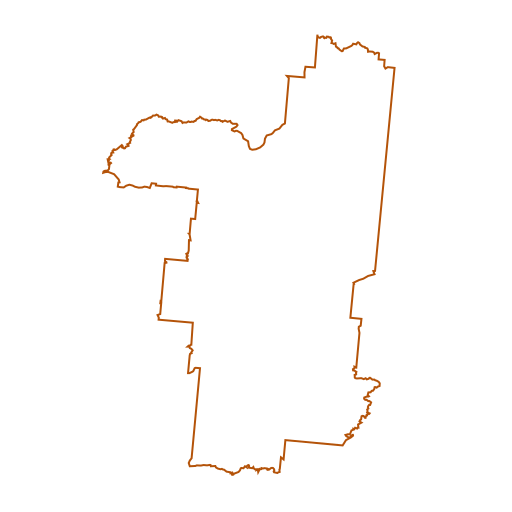 outline of Mount Alexander, Victoria, Australia, rotated 87°
{"feature_id": "25037944B33361376852028", "entity_name": "Mount Alexander", "entity_type": "district", "adm_level": 2, "iso_a3": "AUS", "parent_name": "Australia", "parent_adm1": "Victoria", "projection": "mercator", "projection_center": [144.192, -37.076], "detail": "fine", "context": "isolated", "style": "outline", "palette": "amber", "viewbox_px": 512, "rotation_deg": 87, "n_neighbors": 0, "source": "geoboundaries", "source_scale": "gbopen_adm2", "svg_char_len": 6088}
<svg xmlns="http://www.w3.org/2000/svg" viewBox="0 0 512 512"><g transform="rotate(87 256 256)"><path d="M110.5,346.3L109.6,348.0L110.4,349.3L110.4,351.6L112.1,353.3L111.9,353.9L112.5,354.4L112.2,355.1L114.0,358.8L114.0,360.5L114.7,361.1L114.3,362.7L116.0,364.3L116.3,366.2L116.9,366.4L118.2,368.0L119.0,368.0L122.9,371.2L123.4,372.0L125.8,371.7L127.3,373.4L128.2,373.0L129.0,372.0L129.5,372.1L129.8,372.9L129.1,374.3L129.7,374.6L130.8,374.3L131.6,376.1L132.3,375.2L133.6,374.9L135.7,376.1L136.4,375.8L137.6,378.6L138.5,377.6L139.4,377.5L140.0,380.2L141.5,381.1L141.7,382.1L140.7,382.9L140.9,383.7L140.6,384.1L139.1,383.5L138.2,384.2L142.2,389.5L142.8,391.4L142.0,392.2L142.2,392.8L143.0,392.9L143.7,393.9L145.2,393.2L145.5,395.0L146.6,395.4L147.6,394.9L149.9,397.5L150.9,397.6L151.4,397.2L151.6,398.9L152.7,398.4L152.5,397.2L153.0,398.3L152.8,398.9L154.7,398.6L155.2,396.2L155.6,395.9L156.6,397.2L156.7,398.5L157.3,398.5L158.0,397.7L161.5,398.3L163.3,400.1L162.9,401.0L163.1,402.9L163.7,403.9L164.9,404.2L164.3,402.0L164.3,399.2L166.9,393.4L172.4,389.1L175.3,388.4L175.4,389.6L179.5,390.4L180.1,388.4L180.6,384.5L179.0,381.9L178.2,378.7L179.2,375.5L180.5,373.3L181.6,369.5L181.6,366.1L180.9,363.8L181.4,361.2L182.5,358.5L177.9,356.4L178.6,352.0L180.3,352.3L181.5,345.1L181.5,341.9L182.4,335.5L183.0,334.8L183.4,331.7L182.6,331.5L184.0,322.2L184.5,322.3L184.8,320.2L185.2,319.9L186.6,310.5L197.4,312.1L198.0,311.8L198.3,312.4L198.9,312.1L198.7,311.6L200.0,311.0L199.8,312.4L215.9,314.8L215.3,319.0L230.3,321.1L230.3,321.7L230.9,321.2L237.0,320.5L236.7,322.1L247.0,322.9L249.8,323.8L249.6,324.4L250.2,325.5L251.3,324.9L252.6,325.2L252.7,324.4L254.1,325.4L255.6,324.3L256.1,324.8L256.2,324.4L257.3,324.6L254.1,346.9L256.3,347.2L257.5,345.8L258.0,345.8L258.2,347.6L295.8,352.9L295.7,353.6L298.0,354.0L297.9,353.1L309.0,354.7L309.8,357.4L312.5,356.3L314.5,356.6L319.3,322.6L341.0,325.2L340.9,325.5L341.9,326.3L342.0,327.9L342.9,329.0L343.0,327.4L344.5,326.9L345.3,325.4L346.9,324.2L348.9,325.7L349.7,325.4L350.2,326.9L351.7,327.4L369.4,330.0L369.5,328.6L368.2,325.5L367.7,324.7L364.8,323.1L364.5,322.1L365.1,317.8L454.6,330.9L456.8,332.8L459.2,334.0L462.5,333.1L462.5,327.4L462.0,326.2L462.4,322.0L462.0,319.3L462.5,315.8L462.2,312.9L462.4,312.3L463.6,312.1L463.6,307.6L465.0,307.1L466.3,305.2L467.1,302.6L466.8,301.2L467.5,300.2L467.7,299.1L469.8,296.7L470.6,293.0L471.6,292.9L471.0,291.0L471.7,290.7L472.5,291.6L473.2,291.4L473.3,290.8L473.1,290.0L472.2,289.3L470.8,284.8L469.3,283.3L467.2,282.3L466.9,281.7L467.3,279.6L465.4,278.0L466.6,276.3L465.6,276.4L464.6,275.2L464.4,274.3L465.1,273.9L467.0,274.1L467.7,270.9L466.6,269.7L468.0,269.3L469.0,268.2L469.0,266.4L469.8,266.7L469.2,264.9L469.9,265.3L471.9,265.1L469.3,263.6L469.1,261.9L468.1,261.6L468.6,260.2L468.3,258.8L468.8,256.0L469.2,255.2L470.0,255.8L470.2,255.5L470.0,254.1L468.6,252.2L468.4,251.1L468.6,250.1L469.7,249.2L470.9,248.9L472.1,249.6L472.9,249.3L473.8,246.0L473.2,245.1L472.9,243.7L470.5,243.8L470.0,243.4L458.4,241.6L460.6,239.1L441.4,236.3L449.7,179.4L444.6,175.8L442.2,170.8L440.5,168.5L439.7,168.6L439.7,169.2L442.2,171.9L442.3,172.6L440.6,175.3L439.4,176.0L438.8,173.5L439.1,171.6L435.2,169.8L434.6,168.0L433.6,167.9L434.1,166.9L432.7,166.0L433.6,164.1L432.7,163.5L432.8,162.7L429.6,162.9L427.9,159.4L426.6,161.3L425.4,160.7L424.7,159.6L421.6,159.0L421.2,158.2L421.4,157.0L423.4,155.5L423.3,155.0L421.9,154.9L421.1,153.5L420.3,153.7L419.5,151.8L419.6,151.2L419.1,150.8L418.0,153.2L416.7,152.7L415.1,153.0L414.2,151.8L412.8,152.2L411.8,151.8L410.6,150.8L410.7,149.8L408.2,148.7L406.8,150.3L406.8,151.5L405.3,153.2L405.4,154.4L404.2,155.5L403.0,155.3L402.1,152.5L402.3,151.5L402.0,150.6L400.6,151.7L398.1,150.9L398.1,148.7L396.7,147.5L396.7,146.3L395.1,144.9L393.2,144.4L393.1,143.8L393.8,142.4L392.9,141.4L392.3,139.4L389.6,139.1L388.1,140.1L386.9,141.9L386.3,143.6L385.6,144.2L385.5,146.3L383.6,148.4L383.6,149.1L384.5,149.9L385.0,151.8L383.8,152.9L384.6,154.8L383.5,157.3L383.6,161.7L383.2,163.2L382.6,163.7L379.9,163.7L379.7,162.6L379.2,162.1L378.0,162.3L377.0,161.8L375.5,163.8L375.3,165.0L374.1,165.1L373.0,163.4L371.7,163.5L372.6,161.7L338.2,156.7L334.0,157.3L332.0,157.0L331.1,155.1L324.3,154.0L322.6,165.0L289.4,160.0L289.1,159.5L287.8,160.1L285.4,154.3L284.3,150.0L281.8,145.1L280.4,138.6L277.2,139.6L277.1,137.9L75.4,107.8L74.3,114.5L75.6,116.9L73.2,118.1L66.9,117.3L66.1,123.3L60.0,122.5L59.5,123.2L59.4,124.5L60.5,126.9L59.2,127.3L58.1,128.8L57.7,131.9L57.9,133.4L55.5,133.5L54.5,134.0L53.7,136.2L53.2,136.2L52.8,136.9L52.3,138.7L50.2,141.1L48.8,141.6L47.9,142.9L48.9,144.2L49.9,144.7L49.1,147.9L50.5,148.8L51.3,150.0L53.4,155.1L53.4,157.4L55.9,158.8L56.0,159.6L54.3,161.8L52.9,162.7L52.8,163.6L51.9,163.9L51.1,165.2L47.7,165.5L48.3,167.3L47.5,168.4L47.3,169.5L44.7,168.7L43.6,169.6L41.7,169.8L41.4,170.4L41.7,171.3L40.9,172.0L40.6,173.7L41.8,174.3L41.6,175.1L42.1,176.3L41.7,176.7L41.0,176.6L40.2,177.6L40.7,179.7L41.4,180.4L41.4,181.4L40.0,183.0L38.2,183.1L70.8,187.3L69.6,196.7L75.0,198.0L80.2,198.2L77.8,215.7L80.1,213.9L125.2,220.2L126.4,222.8L130.0,226.0L131.5,230.5L134.1,232.8L135.1,234.2L136.2,239.0L139.3,240.9L143.1,241.6L145.2,242.8L147.8,246.2L149.4,250.5L149.7,254.2L148.7,256.4L145.9,257.4L141.0,257.9L138.0,262.4L134.4,263.2L132.5,264.4L130.1,268.2L129.9,269.4L130.5,270.9L129.1,273.5L128.0,273.4L125.8,268.8L124.3,267.6L123.0,268.4L122.8,272.2L121.4,274.0L119.8,274.7L120.5,277.4L119.1,279.9L120.2,282.4L119.5,282.7L119.4,284.1L118.5,284.9L118.1,286.2L118.6,287.6L117.9,289.6L118.1,290.9L117.6,292.2L117.7,293.3L118.5,294.6L118.7,296.5L117.6,297.3L117.2,298.5L117.6,299.0L117.1,299.4L117.0,300.6L116.1,301.6L115.9,302.7L115.2,303.0L114.0,304.6L115.0,305.4L116.2,308.1L117.9,309.3L117.9,310.4L118.8,311.3L118.4,313.5L118.8,314.1L118.7,315.2L118.0,316.4L119.1,318.5L118.8,321.3L119.3,322.4L117.5,323.3L116.3,326.3L117.9,327.9L117.8,328.4L116.7,328.2L116.5,329.7L118.0,330.0L118.0,331.5L118.6,332.6L117.0,336.2L117.0,337.2L115.1,337.6L114.6,339.1L113.4,339.7L113.9,341.7L112.5,342.4L112.7,342.9L111.8,343.6L111.8,345.8L110.5,346.3Z" fill="none" stroke="#b45309" stroke-width="2"/></g></svg>